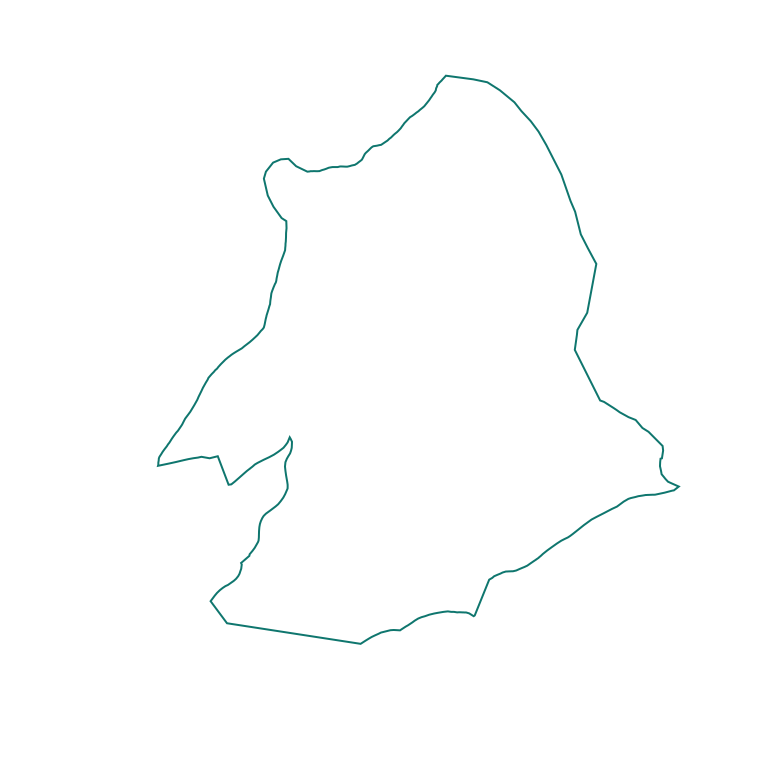 Monchy/Vieux Sucreic, Gros Islet, Saint Lucia, rotated 243°
{"feature_id": "8701671B82156592609383", "entity_name": "Monchy/Vieux Sucreic", "entity_type": "district", "adm_level": 2, "iso_a3": "LCA", "parent_name": "Saint Lucia", "parent_adm1": "Gros Islet", "projection": "natural_earth1", "projection_center": [-60.949, 14.051], "detail": "fine", "context": "isolated", "style": "outline", "palette": "teal", "viewbox_px": 768, "rotation_deg": 243, "n_neighbors": 0, "source": "geoboundaries", "source_scale": "gbopen_adm2", "svg_char_len": 4798}
<svg xmlns="http://www.w3.org/2000/svg" viewBox="0 0 768 768"><g transform="rotate(243 384 384)"><path d="M242.1,135.5L163.1,245.2L163.7,251.2L164.0,254.9L164.2,258.2L164.1,261.9L163.9,265.9L163.9,268.5L163.4,270.6L162.6,274.1L161.7,278.0L160.4,281.0L157.2,286.5L157.4,287.8L157.8,291.5L158.0,293.4L158.1,295.8L158.7,301.0L159.2,304.0L159.5,308.0L159.2,311.6L158.5,315.1L157.9,319.6L156.7,324.6L155.7,328.0L154.0,333.4L152.4,337.7L150.4,340.5L149.2,342.9L147.3,345.5L146.5,347.4L144.4,351.1L143.1,353.5L141.3,355.4L140.9,355.8L136.4,358.5L136.6,359.8L161.9,388.9L162.1,392.5L162.7,394.8L162.5,398.4L162.2,401.7L162.2,404.0L161.6,407.4L159.8,411.4L158.6,413.9L157.8,417.1L157.6,421.0L157.4,423.7L157.2,426.0L157.1,429.2L157.8,434.1L158.9,442.7L159.2,443.6L159.6,445.5L160.5,448.6L161.6,454.0L162.5,459.7L163.4,465.9L163.9,470.8L163.9,475.0L163.8,478.1L164.1,480.9L164.7,484.3L167.5,498.0L169.0,507.4L169.1,513.1L169.1,520.7L169.2,530.4L169.0,535.9L170.4,544.2L170.7,549.6L170.3,552.2L169.2,556.6L168.6,559.6L167.2,563.8L166.3,566.7L163.7,572.4L162.3,575.3L159.8,584.6L158.1,592.5L157.6,594.0L158.8,600.1L164.6,595.4L168.0,592.7L171.5,591.7L177.6,590.4L180.5,591.3L185.5,592.6L189.2,594.7L191.9,596.5L191.6,597.9L198.0,602.5L202.3,604.1L221.3,598.0L227.5,594.3L237.7,591.9L243.5,586.8L245.6,585.4L251.8,581.2L255.3,579.4L258.7,577.5L261.4,575.9L268.2,571.9L271.2,569.1L327.8,569.5L340.2,578.2L344.4,580.9L355.2,597.4L394.6,627.7L398.4,627.6L412.6,627.3L428.0,627.3L450.7,632.5L462.5,633.3L490.1,637.1L506.7,637.1L523.3,637.1L538.7,636.3L551.5,634.1L564.9,630.3L575.8,628.1L593.1,620.6L605.9,613.1L614.9,601.9L630.6,579.1L630.3,578.4L629.2,575.5L628.7,574.1L628.3,573.3L627.3,570.0L626.8,569.0L626.6,568.2L626.3,567.3L625.2,566.5L623.8,564.7L622.1,563.4L620.9,561.6L619.5,558.7L618.4,556.8L617.8,555.6L617.3,554.7L616.4,553.1L614.9,549.8L614.2,548.2L613.2,546.0L612.6,543.6L611.9,540.2L611.4,538.5L611.1,536.2L610.6,533.8L610.1,530.9L609.9,528.3L609.1,526.0L608.3,523.8L607.1,520.4L606.3,519.0L605.3,516.9L604.3,515.1L603.1,511.8L602.5,509.9L602.0,507.4L601.5,505.5L600.4,502.1L600.1,500.2L599.3,497.6L599.1,495.7L598.7,492.5L598.4,490.1L599.1,487.7L599.5,486.0L600.7,482.4L600.5,480.4L599.9,478.4L599.1,476.0L598.2,472.7L597.5,471.1L596.0,469.1L594.7,467.3L593.9,466.1L593.6,464.8L593.1,461.9L592.7,460.2L592.5,457.5L593.3,454.6L593.7,452.4L594.3,450.0L594.9,448.8L596.9,445.3L597.8,443.5L598.3,441.3L600.7,436.5L601.4,434.3L601.8,432.8L602.0,430.2L602.3,428.0L602.7,426.1L603.0,423.1L604.1,420.7L605.4,418.4L606.3,416.4L607.0,415.1L607.1,414.4L608.0,412.1L617.9,404.6L628.0,401.1L631.0,394.1L631.6,385.7L626.8,375.2L621.5,370.2L604.7,366.0L592.1,366.0L578.3,368.1L573.5,370.9L567.1,367.9L563.0,365.3L559.4,363.4L555.4,361.1L553.8,360.0L551.8,358.9L550.3,357.9L548.1,356.6L544.0,352.3L540.4,348.3L537.8,345.7L533.6,341.9L531.5,339.9L529.0,338.0L526.9,336.3L524.9,334.9L523.5,333.6L522.5,332.1L521.2,330.6L520.3,329.5L517.4,326.3L515.9,324.8L514.0,323.5L512.9,322.8L510.0,320.7L508.6,319.8L506.8,318.7L505.5,317.3L503.0,315.0L498.4,310.5L497.5,309.8L495.7,308.2L491.0,304.5L488.8,302.5L487.9,300.6L487.2,298.4L486.3,296.4L485.0,293.4L483.2,287.1L482.3,283.5L481.1,277.0L480.3,273.5L479.9,267.1L479.6,263.7L479.3,261.3L478.8,258.9L478.5,257.1L477.7,253.6L475.7,247.5L474.4,244.1L473.5,242.3L472.9,239.8L472.1,238.1L471.0,234.8L470.3,233.1L469.2,230.4L467.9,228.8L466.2,226.0L462.8,220.9L460.6,218.1L456.8,213.0L454.7,210.5L451.3,205.4L449.5,202.5L447.2,198.8L445.7,195.8L443.4,191.1L441.7,188.7L439.5,185.7L438.7,184.3L437.0,181.2L435.9,179.2L435.0,176.8L434.1,175.0L433.0,172.8L431.6,170.2L430.4,168.2L429.1,166.0L428.3,164.2L427.1,162.2L426.4,160.7L425.8,159.4L424.8,157.4L423.9,155.7L422.9,154.1L422.2,152.9L421.0,150.8L419.9,149.6L418.1,148.5L416.5,147.3L414.6,146.3L413.7,145.5L410.8,156.1L408.9,163.4L407.1,170.8L405.9,175.5L404.4,180.5L402.9,184.8L402.0,188.3L397.0,194.9L395.1,203.1L364.8,199.8L363.9,202.4L364.8,206.8L368.0,219.3L368.8,222.5L370.1,229.3L370.9,232.4L371.1,235.6L371.1,242.3L370.9,248.4L371.0,253.8L371.6,258.9L372.2,262.4L372.8,265.5L374.3,268.9L375.7,271.6L379.3,275.8L377.4,275.9L374.3,275.8L371.6,274.3L369.0,272.8L366.8,270.9L364.8,268.8L363.2,266.1L361.5,263.5L359.1,260.7L355.4,258.3L351.2,256.7L346.8,255.2L340.9,253.4L338.0,252.4L336.0,251.4L334.6,250.6L330.7,245.9L328.5,242.7L326.5,238.8L324.9,235.1L324.1,231.8L322.9,225.1L322.1,220.0L321.1,216.9L319.8,214.7L317.7,212.0L315.6,209.9L313.1,208.0L309.7,205.9L306.6,204.2L304.0,202.8L301.5,201.2L300.3,199.9L296.7,194.4L295.0,191.0L293.3,187.0L292.0,186.0L289.4,175.4L287.7,175.3L286.0,174.1L284.2,172.9L282.4,171.0L280.5,169.1L279.0,166.9L277.6,163.8L276.8,160.8L275.8,153.7L275.9,150.9L275.5,147.6L274.8,144.1L273.7,140.5L272.3,137.2L269.2,130.9L242.1,135.5Z" fill="none" stroke="#0f766e" stroke-width="2"/></g></svg>